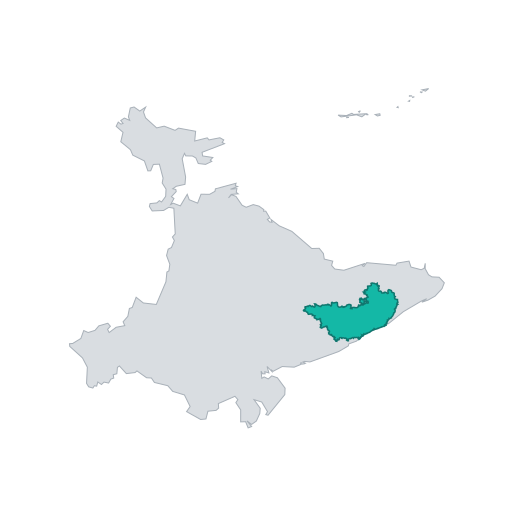 where Karnataka sits in India, rotated 260°
{"feature_id": "IND-2446", "entity_name": "Karnataka", "entity_type": "State", "adm_level": 1, "iso_a3": "IND", "parent_name": "India", "parent_adm1": "", "projection": "natural_earth1", "projection_center": [76.378, 15.043], "detail": "fine", "context": "in_parent", "style": "filled", "palette": "teal", "viewbox_px": 512, "rotation_deg": 260, "n_neighbors": 0, "source": "natural_earth", "source_scale": "10m", "svg_char_len": 9724}
<svg xmlns="http://www.w3.org/2000/svg" viewBox="0 0 512 512"><g transform="rotate(260 256 256)"><path d="M88.1,218.4L94.6,217.0L95.3,212.1L107.1,214.2L115.1,210.7L117.7,213.2L121.5,210.9L117.2,193.3L112.7,192.8L110.9,189.9L111.5,181.7L104.2,178.4L104.6,173.1L114.8,160.6L119.2,165.0L131.6,161.4L137.1,150.5L143.6,146.6L149.1,134.0L154.0,131.8L155.1,127.1L163.5,118.8L162.2,116.7L162.7,107.9L171.4,102.4L170.4,100.2L164.2,98.5L163.9,94.8L160.5,94.7L159.9,91.6L156.5,88.8L158.2,84.4L156.3,81.5L159.4,78.3L155.5,76.5L156.3,74.3L154.3,72.4L156.2,68.5L160.0,67.0L175.8,70.6L185.8,67.4L199.3,56.9L202.0,57.1L201.7,60.3L205.2,69.2L212.5,73.4L209.8,77.4L210.7,84.5L214.5,89.1L215.5,98.4L212.1,100.4L209.6,97.1L206.1,98.1L210.1,105.9L210.2,114.7L214.3,113.7L218.8,119.3L226.3,122.2L226.8,125.2L236.2,130.8L229.3,136.9L225.6,149.4L246.2,162.8L255.7,165.5L256.4,167.6L262.8,169.7L272.0,168.0L278.0,170.7L279.0,174.2L285.4,178.3L289.2,177.0L291.8,180.3L317.3,183.4L319.1,178.6L316.9,172.9L318.4,161.6L323.3,159.6L326.0,160.8L325.5,167.6L327.3,170.4L325.6,172.4L330.4,177.4L337.5,179.0L344.2,176.3L348.8,178.0L363.2,176.8L364.0,170.8L358.2,167.1L358.6,164.3L369.0,162.6L376.7,152.2L382.5,150.8L392.0,142.7L400.9,146.5L408.0,140.8L411.8,143.6L409.3,145.9L409.6,148.1L412.9,146.3L414.7,150.3L411.5,155.2L415.2,154.5L423.6,157.9L423.9,161.8L418.9,166.7L421.8,173.2L417.4,170.2L411.2,171.2L399.4,180.4L399.8,188.1L393.8,198.1L395.4,201.9L389.3,218.2L379.9,215.6L380.8,228.5L378.5,229.9L378.7,241.0L375.9,244.4L373.7,242.4L372.1,244.5L367.5,220.9L363.8,220.8L360.5,230.6L358.3,227.6L356.9,228.9L355.0,222.3L357.1,215.2L363.0,213.8L365.5,210.8L366.8,204.2L369.5,203.4L364.6,200.2L346.0,200.4L338.9,198.5L338.5,189.5L336.7,185.7L335.4,188.6L333.3,188.6L329.1,183.0L326.9,185.2L321.5,180.9L322.4,183.6L318.5,190.2L328.7,199.0L323.0,200.0L318.2,207.7L326.4,212.6L324.8,221.0L326.8,226.8L329.2,227.7L331.1,249.0L328.8,247.8L327.6,250.0L326.2,242.5L325.7,248.9L322.2,247.6L320.3,249.3L321.0,242.3L318.0,239.0L320.6,242.5L318.2,246.6L308.4,251.1L305.7,254.8L307.1,262.2L304.6,267.6L300.3,271.8L298.8,271.2L298.5,273.4L291.0,276.2L290.1,273.5L287.2,275.3L286.4,277.6L289.4,277.1L281.7,284.1L274.0,295.6L253.7,312.2L252.6,319.6L246.7,322.8L241.1,322.7L237.6,330.7L233.6,328.8L229.5,331.3L226.7,340.1L229.8,362.1L228.0,359.0L226.9,360.4L230.2,363.8L222.6,392.1L224.5,393.7L224.4,405.8L218.2,406.7L213.8,416.3L214.7,419.5L219.4,421.4L214.2,420.4L207.6,422.6L204.9,425.6L203.3,432.6L196.9,436.8L191.5,433.5L185.4,425.4L182.7,417.8L181.7,411.3L184.3,416.7L183.0,411.3L175.6,391.5L166.4,374.8L159.8,348.2L154.7,340.1L153.3,332.0L151.5,331.4L147.6,321.0L142.3,290.7L143.8,285.5L143.4,283.7L141.8,286.1L141.4,284.7L141.6,281.7L143.6,282.0L141.3,280.8L139.9,274.3L142.6,262.6L139.5,252.9L140.8,251.6L139.4,251.7L145.3,247.7L138.6,248.4L140.5,244.6L138.4,244.5L138.8,242.0L141.8,241.0L134.5,240.5L135.5,243.0L132.8,246.7L135.2,250.7L132.4,255.9L120.8,261.7L114.5,260.3L97.1,240.2L98.1,238.1L100.7,240.3L111.2,236.3L114.9,229.1L105.3,233.7L100.3,232.4L93.4,227.7L90.9,222.4L95.2,218.5L88.8,222.1L88.1,218.4ZM377.0,389.0L374.7,384.4L377.6,379.5L378.2,363.9L380.5,361.3L378.6,369.6L379.9,375.2L378.5,376.6L377.0,389.0ZM390.8,448.4L390.9,455.1L388.9,451.5L390.8,448.4ZM374.6,402.6L373.0,402.7L372.8,399.9L374.6,397.9L374.6,402.6ZM385.4,437.6L385.3,439.6L384.9,437.8L385.4,437.6ZM387.2,434.9L386.6,437.5L386.7,434.8L387.2,434.9ZM389.2,446.0L388.6,448.1L388.1,447.3L389.2,446.0ZM378.5,421.7L377.4,421.8L377.9,420.7L378.5,421.7ZM376.6,390.0L375.5,391.1L376.0,389.4L376.6,390.0ZM380.4,382.1L380.9,384.0L379.6,382.6L380.4,382.1ZM382.5,434.4L381.6,434.1L382.0,433.1L382.5,434.4ZM376.8,369.5L376.3,371.6L376.5,369.3L376.8,369.5Z" fill="#d9dde1" stroke="#a8b0b8" stroke-width="1"/><path d="M165.3,372.1L165.3,371.6L165.0,371.1L165.4,371.2L166.3,370.5L165.3,370.8L164.9,370.7L164.3,368.1L164.5,367.6L164.2,367.2L163.7,364.2L163.4,363.5L163.3,362.3L163.4,363.1L163.6,363.1L163.2,361.5L163.1,360.1L163.3,359.9L163.6,360.0L163.9,359.8L163.7,359.7L163.4,359.3L163.5,359.2L163.4,359.0L163.0,359.7L162.5,357.3L162.1,356.3L161.1,354.6L160.8,352.5L160.3,351.7L160.4,351.4L161.3,351.5L160.3,351.1L160.2,350.8L160.1,350.2L159.4,347.7L159.9,348.6L160.1,348.6L160.0,348.4L160.3,348.4L159.7,347.7L159.5,347.1L159.3,347.2L159.3,347.7L158.8,347.7L158.8,346.9L159.3,346.5L158.5,346.6L158.3,345.1L157.9,344.8L157.6,345.1L157.3,344.6L157.1,344.6L156.6,344.2L156.4,343.8L156.6,343.9L156.8,343.4L157.2,343.6L157.5,343.1L158.0,343.0L158.1,342.9L157.7,342.5L156.9,343.2L156.6,343.3L156.4,342.7L157.1,342.2L157.6,342.2L158.1,341.8L158.4,340.7L158.4,339.6L158.8,338.6L158.1,337.7L158.7,337.5L158.9,337.2L158.8,336.5L158.4,335.8L158.4,335.2L158.1,334.9L158.4,334.0L158.1,332.6L157.3,332.1L157.0,332.3L156.5,332.3L156.4,331.9L156.9,331.1L157.6,330.5L157.8,330.6L158.0,331.1L158.6,331.1L159.2,330.6L159.7,329.6L159.5,329.2L160.3,327.7L160.4,327.1L160.4,326.7L159.9,326.4L160.1,326.0L160.8,325.9L160.9,325.6L160.9,324.3L160.8,324.0L159.7,323.3L159.2,323.4L159.0,322.1L159.6,321.8L159.1,321.5L159.1,321.0L158.6,320.9L158.5,320.5L158.0,320.6L158.2,319.9L158.8,320.0L159.1,319.5L159.5,319.8L160.2,319.1L160.5,318.4L161.5,318.7L161.9,319.7L162.7,319.1L163.2,318.9L163.3,318.7L162.9,318.3L163.3,318.0L163.5,317.5L163.8,317.4L164.7,316.7L165.5,316.8L165.6,316.6L165.3,315.4L166.2,315.0L166.7,314.1L167.1,314.3L167.7,314.1L168.5,315.1L169.1,315.3L170.0,314.8L170.0,314.2L171.0,314.0L171.5,313.7L172.1,313.7L172.7,314.0L173.2,313.7L173.6,313.3L174.2,313.8L174.5,313.8L174.7,313.3L174.5,312.8L174.7,312.2L174.3,311.3L174.4,310.1L174.3,309.8L174.0,309.5L173.6,308.1L174.5,306.9L174.9,307.0L175.1,307.6L175.9,307.7L176.2,308.3L176.4,308.3L176.9,307.7L177.1,307.9L177.4,307.7L177.7,308.6L178.2,309.0L179.0,308.6L179.4,308.7L180.2,308.2L180.7,308.4L181.4,308.1L182.0,308.5L183.1,308.5L183.4,308.2L182.6,306.9L182.9,306.4L182.9,305.6L182.6,305.0L183.5,304.7L183.9,304.1L184.3,303.8L184.4,303.4L184.7,303.2L185.0,302.7L185.9,302.8L186.8,303.7L187.2,302.5L187.8,302.1L187.6,301.1L188.8,301.2L189.0,301.0L189.3,300.3L189.5,297.5L190.0,297.2L191.6,297.0L192.0,296.1L193.3,295.2L193.3,294.1L193.7,293.4L194.3,293.3L194.6,293.7L194.7,294.8L195.7,295.3L195.8,295.7L196.1,295.7L196.6,295.3L197.5,295.6L197.3,296.4L197.7,298.1L197.2,298.5L197.7,299.2L198.0,300.2L197.9,300.7L196.7,301.8L196.5,302.1L196.9,302.7L196.9,303.1L196.1,303.6L195.5,304.8L195.6,305.0L196.4,305.5L197.5,305.5L197.7,305.9L198.6,305.5L198.3,306.6L197.7,306.8L197.4,307.3L196.8,307.5L196.5,308.3L195.1,310.4L195.0,311.1L195.7,311.5L196.2,313.1L195.8,314.1L195.8,316.1L195.5,317.1L195.5,317.4L195.9,317.8L195.5,318.4L195.9,318.5L195.7,319.2L195.2,319.5L195.0,320.1L193.7,321.1L194.1,321.7L195.3,322.1L196.5,322.1L196.9,322.3L197.2,322.9L196.4,323.7L196.3,325.1L196.4,327.3L195.9,328.0L194.3,327.9L193.3,327.7L192.6,327.8L191.5,328.4L191.1,329.1L191.0,330.6L191.7,331.9L191.6,332.1L191.1,332.0L190.8,332.2L190.7,332.7L190.8,334.1L190.7,334.2L190.3,333.9L190.3,334.2L190.8,335.4L191.0,336.3L191.9,336.9L192.2,339.2L191.7,340.5L191.1,341.1L190.6,340.7L190.1,340.9L189.1,340.6L187.9,339.9L187.7,340.3L187.7,340.9L187.4,341.4L188.4,341.9L188.6,342.3L188.3,344.0L187.9,344.4L187.9,345.0L187.7,345.8L187.6,346.5L187.8,347.3L188.2,347.5L188.6,348.3L189.6,348.3L189.9,348.5L189.6,349.3L189.2,349.4L189.0,349.7L189.1,350.3L189.8,350.8L189.6,351.4L191.5,351.8L191.7,351.0L192.3,350.2L192.9,350.5L193.7,350.4L193.9,350.8L194.5,351.1L195.0,351.7L195.3,351.5L194.9,350.7L195.1,350.4L195.4,350.5L195.6,350.8L196.2,351.1L196.1,351.7L196.2,352.4L195.1,352.7L194.6,353.3L195.0,353.5L194.6,354.3L194.9,355.1L195.3,355.4L195.2,355.9L195.4,356.3L195.3,356.5L194.6,356.3L194.6,355.8L194.1,354.8L193.6,354.7L192.0,354.9L191.7,354.5L190.6,354.1L190.3,352.6L189.7,352.4L189.2,352.7L189.2,353.1L190.0,354.1L189.9,354.8L190.8,356.2L190.2,357.5L190.3,358.4L190.5,358.4L190.6,358.0L191.2,358.5L191.4,358.2L192.2,358.2L192.2,357.3L191.9,356.9L192.2,356.8L192.4,356.2L192.5,356.7L193.0,356.5L193.3,356.8L193.7,356.8L194.1,357.1L195.2,357.1L195.7,357.8L195.9,359.1L196.5,359.1L197.2,358.6L197.7,358.6L197.8,358.1L198.3,358.0L198.6,358.3L198.9,357.7L199.4,357.4L200.0,356.8L199.8,356.1L199.9,355.9L200.7,355.9L201.1,356.1L201.8,355.5L201.8,356.1L201.4,356.6L201.6,357.3L202.0,356.8L202.5,356.8L202.9,356.6L203.4,357.0L203.6,357.3L203.7,357.8L203.5,358.4L203.7,359.1L203.2,359.2L203.3,359.7L204.0,359.7L204.7,360.5L205.3,360.7L205.7,360.7L206.1,360.5L206.9,360.7L206.7,363.6L207.0,364.4L207.9,364.5L208.6,365.0L209.1,364.6L209.2,364.8L209.2,365.9L208.7,366.9L208.6,367.7L208.1,368.2L207.4,369.7L207.8,370.1L208.1,370.6L207.7,370.6L207.0,370.0L206.6,370.0L206.5,370.6L206.4,370.7L205.9,371.0L205.4,370.8L205.5,371.7L205.2,372.1L204.5,371.9L203.0,370.9L202.4,371.5L201.4,370.6L200.7,370.6L200.2,370.8L199.6,372.2L199.8,372.7L198.9,373.3L197.9,373.3L197.4,374.9L197.6,375.4L197.5,375.8L197.9,375.8L198.0,376.0L197.9,377.0L197.3,377.9L196.2,379.0L196.4,379.8L198.6,379.8L199.4,380.2L199.8,381.0L198.7,383.0L198.3,383.3L196.8,383.5L196.5,383.7L195.8,385.2L195.5,385.5L194.7,385.6L193.8,385.2L193.3,385.4L192.3,385.4L191.8,386.1L190.9,385.1L189.7,385.3L188.9,386.7L188.6,387.8L187.8,387.6L185.6,387.7L185.4,387.5L185.3,386.8L184.8,386.5L184.2,386.7L183.8,387.2L183.4,386.1L182.5,386.1L181.9,385.3L181.4,385.3L180.8,384.5L180.1,384.6L179.9,384.4L179.9,383.3L179.7,383.1L178.4,383.6L176.9,383.2L176.2,382.5L176.0,381.7L175.3,381.6L174.9,381.2L174.5,381.2L174.2,380.8L173.4,380.3L172.1,378.6L171.6,378.6L171.4,377.6L171.1,377.0L171.1,376.7L171.4,376.1L170.7,376.1L170.0,375.2L170.2,374.3L169.7,374.2L169.2,374.4L168.8,373.9L168.3,373.9L168.2,373.6L168.2,373.2L167.8,372.9L167.1,373.1L167.1,372.7L166.5,372.5L166.3,371.9L165.3,372.1Z" fill="#14b8a6" stroke="#0f766e" stroke-width="1.5"/></g></svg>